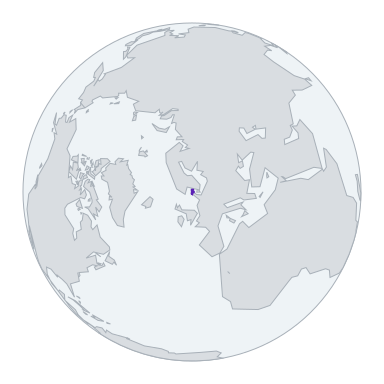 Nordjylland highlighted on a globe, orthographic projection, rotated 304°
{"feature_id": "DNK-3418", "entity_name": "Nordjylland", "entity_type": "Region", "adm_level": 1, "iso_a3": "DNK", "parent_name": "Denmark", "parent_adm1": "", "projection": "orthographic", "projection_center": [9.42, 57.153], "detail": "fine", "context": "on_globe", "style": "filled", "palette": "violet", "viewbox_px": 384, "rotation_deg": 304, "n_neighbors": 0, "source": "natural_earth", "source_scale": "10m", "svg_char_len": 11884}
<svg xmlns="http://www.w3.org/2000/svg" viewBox="0 0 384 384"><g transform="rotate(304 192 192)"><circle cx="192" cy="192" r="169" fill="#eef3f6" stroke="#a8b0b8"/><path d="M23.0,193.1L23.7,194.4L25.0,184.6L25.1,180.3L24.4,179.7L26.2,163.8L28.8,154.3L44.2,110.7L48.0,104.5L51.3,100.3L73.2,75.9L56.0,93.0L61.3,86.1L68.7,78.2L68.4,79.2L78.5,70.9L85.5,64.8L99.0,57.8L111.1,57.8L106.5,60.2L110.0,60.2L115.9,57.4L119.0,55.5L138.9,53.9L159.3,48.6L164.0,44.5L164.3,47.5L172.1,38.4L182.1,35.3L171.8,40.4L171.6,42.3L178.8,40.7L180.1,42.3L184.4,42.6L185.3,44.8L179.3,48.0L179.7,49.5L184.9,48.4L189.0,50.1L181.4,51.4L187.9,54.6L178.9,61.1L157.9,64.2L153.9,70.6L134.8,81.5L137.5,82.7L132.0,88.0L133.0,91.5L129.2,92.8L133.3,94.4L136.7,92.6L139.6,92.8L140.5,94.7L135.8,96.7L134.6,96.0L133.7,97.6L130.9,97.7L132.8,98.7L127.0,101.0L134.1,101.7L130.5,106.1L126.3,106.8L125.1,102.8L112.2,95.6L107.5,95.6L102.1,99.4L95.5,114.4L91.0,116.3L86.2,121.6L89.4,122.2L94.3,118.3L99.1,121.1L104.5,116.3L107.3,116.8L113.6,113.7L114.4,118.5L111.7,124.9L106.6,127.8L105.3,130.8L111.6,131.7L103.3,141.1L100.3,154.2L98.0,156.3L90.8,153.4L87.2,143.8L78.0,141.2L85.7,147.4L79.7,153.1L79.5,156.0L80.8,158.5L83.8,158.2L82.1,161.2L73.8,155.9L75.2,153.0L77.8,154.7L76.1,150.3L70.5,147.3L67.9,150.7L62.1,143.4L60.2,145.8L57.9,145.7L61.3,142.3L55.0,148.5L47.9,142.6L39.1,153.4L45.8,139.6L47.0,133.2L47.7,126.7L46.2,128.3L49.2,118.3L48.4,113.4L42.9,118.0L37.8,126.9L35.0,137.1L36.5,136.8L35.8,143.5L31.2,147.1L29.2,161.1L26.5,166.5L25.2,173.7L25.4,179.2L25.3,187.4L27.0,188.2L29.0,193.5L27.2,199.2L29.7,198.3L29.8,205.1L34.7,219.7L33.9,219.8L37.8,238.6L45.0,254.5L46.6,261.5L45.5,262.4L48.7,267.5L48.7,269.2L63.9,288.9L73.8,301.2L74.9,306.2L69.5,305.1L71.3,310.2L70.6,309.6L62.0,300.0L54.2,289.7L47.1,278.9L40.9,267.7L35.6,255.9L31.2,243.8L27.7,231.4L25.2,218.8L23.6,206.0L23.0,193.1ZM36.6,155.9L34.5,175.1L33.3,167.5L33.9,168.1L35.0,162.6L36.1,153.9L35.7,147.7L36.6,155.9ZM41.1,157.1L41.2,154.2L41.4,156.7L41.1,157.1ZM120.2,54.5L115.9,57.2L110.0,59.3L113.4,56.9L120.2,54.5ZM131.5,51.4L129.9,52.9L126.2,52.3L128.3,51.7L131.5,51.4ZM167.1,41.3L163.4,42.5L166.5,40.8L167.1,41.3ZM184.8,42.3L185.5,41.5L187.4,42.1L184.8,42.3ZM112.7,111.3L113.1,112.5L111.7,112.4L112.7,111.3ZM115.1,109.0L113.2,108.1L114.0,106.8L115.2,107.4L115.1,109.0ZM190.6,45.9L193.5,47.1L189.5,46.4L190.6,45.9ZM117.2,110.3L115.7,104.8L117.2,102.6L122.9,103.1L117.2,110.3ZM194.5,48.2L201.6,51.3L203.7,49.7L201.9,56.2L196.4,51.2L191.2,50.5L194.4,49.7L194.5,48.2ZM137.3,91.2L133.8,93.2L135.9,89.8L137.3,91.2ZM137.9,89.0L140.0,78.6L145.6,76.8L143.8,80.5L150.4,76.9L152.1,81.1L148.8,84.0L144.9,84.3L148.6,85.7L137.9,89.0ZM199.8,59.4L200.6,60.7L198.6,60.0L199.8,59.4ZM140.9,92.6L140.9,90.6L145.7,88.8L146.8,92.5L144.9,91.9L140.9,92.6ZM151.2,74.0L155.0,73.5L157.5,76.7L159.3,76.9L152.6,81.0L151.2,74.0ZM144.2,93.3L147.2,94.5L145.7,97.2L141.3,94.5L144.2,93.3ZM146.5,86.8L148.9,86.2L147.9,87.7L146.5,86.8ZM142.3,107.6L142.1,105.0L144.6,103.9L142.3,107.6ZM148.4,94.8L148.8,93.9L149.8,93.2L151.4,94.5L148.4,94.8ZM154.8,83.1L155.0,84.6L157.6,81.5L159.6,83.9L154.8,86.3L157.6,86.3L158.2,87.1L153.6,88.2L154.8,83.1ZM155.9,93.9L150.5,98.0L150.3,102.9L148.1,104.0L148.7,95.9L155.9,93.9ZM155.0,90.4L155.1,92.8L152.2,92.9L150.4,91.3L155.0,90.4ZM162.6,84.8L160.9,80.5L162.0,80.1L162.6,84.8ZM156.4,95.2L157.7,94.2L156.8,95.6L156.4,95.2ZM161.3,87.9L160.6,86.4L161.9,86.0L161.3,87.9ZM161.0,93.6L159.2,94.9L157.9,93.8L161.0,93.6ZM161.6,91.0L163.6,90.9L158.6,92.7L161.1,90.3L161.6,91.0ZM162.7,87.8L163.2,87.1L162.8,88.5L162.7,87.8ZM166.9,97.0L160.9,99.5L158.0,97.1L164.3,95.0L166.9,97.0ZM360.6,180.6L360.7,182.7L359.9,180.0L359.4,182.2L357.6,175.4L353.5,170.7L353.7,179.1L351.9,175.3L346.3,174.8L345.5,186.9L345.6,211.6L348.6,222.3L347.3,231.7L338.1,226.3L332.5,218.2L330.1,223.5L319.9,222.6L305.1,237.8L302.1,236.2L299.5,240.5L292.1,242.3L287.3,239.0L283.2,242.4L296.0,250.5L300.3,246.8L302.6,238.1L305.4,241.9L312.4,240.9L307.8,259.3L284.3,286.7L280.6,279.2L255.5,262.2L255.5,258.7L255.3,258.4L254.9,257.8L254.1,263.9L249.3,259.7L264.2,274.5L267.3,281.5L284.0,287.4L282.8,289.5L287.8,289.5L301.9,276.6L302.3,279.4L296.5,296.3L275.6,322.3L277.6,328.6L274.8,334.7L260.1,343.7L259.7,345.9L251.9,349.4L250.2,350.5L243.0,353.1L228.6,357.0L213.9,359.5L214.0,359.5L207.2,359.5L198.3,354.2L204.1,349.6L203.1,345.7L190.2,335.7L193.1,328.8L189.3,325.8L181.6,326.5L177.1,322.5L172.3,322.1L141.6,320.1L131.5,312.5L117.7,291.0L122.7,285.2L122.3,275.8L155.7,249.5L164.3,252.9L192.2,249.2L196.0,250.4L194.3,259.0L216.5,266.7L221.8,258.9L240.4,259.8L251.7,255.7L253.0,239.0L234.4,245.4L229.6,238.7L243.2,226.9L259.3,221.2L257.9,218.4L246.5,215.8L248.8,208.4L242.4,214.3L246.0,216.4L242.0,220.3L238.5,218.7L239.4,216.0L234.2,216.3L231.0,229.3L234.3,232.8L221.5,238.2L225.8,244.8L222.7,248.9L214.4,239.5L214.2,235.3L199.7,225.2L198.7,230.0L212.3,240.0L208.7,239.7L207.5,246.7L205.5,241.1L190.9,229.4L178.4,232.5L164.8,248.8L157.1,249.3L149.5,244.8L152.2,227.7L169.2,228.6L170.4,223.0L165.0,214.1L170.6,215.3L170.5,211.9L176.8,211.8L183.7,203.7L189.7,202.7L190.6,192.1L193.8,190.3L192.4,197.0L194.6,201.2L209.5,198.7L211.8,196.1L211.2,189.5L215.3,189.8L212.8,183.9L220.5,179.4L209.0,180.0L208.0,172.8L211.6,166.3L209.2,164.2L203.3,174.8L202.9,179.0L205.7,182.4L202.6,194.6L197.9,197.1L193.4,185.2L186.2,187.6L185.9,177.6L201.9,154.2L209.5,148.6L226.0,153.7L225.3,158.8L219.0,159.4L226.5,165.2L225.1,161.6L228.5,162.1L228.4,155.7L230.8,155.7L226.5,149.7L229.5,149.0L232.2,152.8L234.6,143.2L240.3,140.3L239.6,138.1L237.3,136.7L246.1,134.2L245.2,132.7L242.0,132.9L238.2,130.3L234.9,124.7L238.1,124.2L239.7,126.1L248.0,129.5L251.8,135.0L252.8,134.2L250.3,129.3L240.2,125.1L237.3,122.0L242.2,123.2L240.2,122.5L239.8,120.8L242.3,118.6L237.0,117.0L227.9,99.9L232.0,94.3L237.4,97.1L234.4,85.5L239.2,80.8L236.3,80.9L232.8,75.9L231.3,77.2L229.6,76.9L220.0,65.3L220.3,62.4L212.8,58.1L211.3,58.3L210.7,60.1L201.9,56.2L203.7,49.7L207.1,49.7L205.9,45.9L213.8,46.5L219.7,45.4L229.0,48.6L232.9,47.8L232.0,46.4L236.6,44.5L249.3,45.6L243.1,50.5L224.8,51.3L232.7,51.3L232.1,53.2L235.6,54.4L241.1,54.4L240.9,53.2L255.8,63.8L271.2,69.3L267.2,63.8L268.9,61.4L283.0,64.3L306.6,82.0L309.1,80.2L312.1,81.8L316.2,86.9L311.9,84.7L312.2,87.7L309.2,85.8L314.2,93.7L310.1,91.4L316.1,98.9L318.5,98.7L315.5,92.4L322.4,100.3L324.8,97.7L329.8,101.3L341.4,119.4L346.2,132.5L347.5,134.7L347.0,137.2L350.0,146.0L353.9,146.9L355.1,149.9L358.2,164.3L357.6,162.4L356.3,169.1L358.8,177.8L359.9,174.5L360.3,176.7L360.6,180.6ZM146.0,266.0L145.5,269.0L146.0,266.0ZM277.7,222.6L286.3,217.2L279.9,209.9L282.7,207.3L279.5,205.9L279.4,209.4L271.2,204.8L274.0,199.2L271.7,195.4L268.7,197.1L264.8,208.1L276.5,214.6L275.6,220.0L277.7,222.6ZM35.0,220.1L35.3,222.9L34.4,220.6L35.0,220.1ZM31.9,168.5L32.0,171.7L31.7,174.2L31.3,172.1L31.9,168.5ZM36.2,194.3L37.0,198.2L35.6,195.0L36.2,194.3ZM34.5,177.9L35.5,191.3L33.0,185.9L32.5,177.5L33.6,182.0L34.5,177.9ZM38.5,158.8L38.3,161.1L37.5,161.5L38.5,158.8ZM41.2,158.9L41.1,158.2L41.7,156.5L41.2,158.9ZM80.2,153.3L80.8,153.9L81.6,156.7L80.1,156.1L80.2,153.3ZM92.1,165.7L89.1,170.4L90.2,166.5L87.5,166.4L86.4,158.4L96.7,157.0L92.2,158.9L92.1,165.7ZM87.7,147.6L87.3,152.6L87.4,147.2L87.7,147.6ZM163.8,194.4L166.5,196.8L165.0,200.7L157.3,202.7L159.4,197.0L163.8,194.4ZM170.7,199.4L168.4,187.4L173.1,185.9L170.8,188.7L174.2,188.9L171.5,193.6L178.2,204.2L177.3,208.4L163.6,209.4L168.6,206.6L165.6,204.3L170.7,199.4ZM154.2,161.8L153.2,157.3L164.6,159.8L164.2,163.8L156.5,165.9L152.5,162.4L154.2,161.8ZM127.5,112.5L126.4,111.0L127.7,110.4L129.7,111.1L127.5,112.5ZM142.0,106.5L133.6,118.2L132.0,117.1L129.1,125.6L123.6,126.1L125.6,120.5L119.2,127.5L118.8,122.6L115.0,127.8L120.1,115.2L119.5,111.4L122.3,115.4L127.4,115.0L129.4,113.7L134.7,107.2L135.9,99.0L141.2,97.5L144.6,98.6L145.1,100.4L141.5,100.7L144.7,102.8L140.0,104.7L142.0,106.5ZM181.2,116.6L176.9,115.7L182.6,121.4L177.8,122.8L178.8,123.4L176.0,126.3L174.2,131.0L171.8,131.0L172.2,132.8L170.3,134.9L170.0,137.4L165.6,138.4L164.8,141.7L163.2,140.3L163.0,145.7L161.2,142.2L158.6,144.7L161.8,146.8L138.8,147.1L130.7,150.5L124.9,155.3L122.5,148.9L126.3,140.4L133.4,132.2L141.6,130.1L139.0,127.7L142.2,126.0L142.9,128.6L143.7,123.7L146.5,123.1L152.8,116.6L152.2,110.2L154.5,107.8L156.1,110.0L157.3,106.1L161.9,108.6L163.7,107.0L170.0,108.1L172.2,113.4L174.0,111.3L178.9,112.1L181.2,116.6ZM168.6,97.5L172.3,103.3L171.5,107.0L160.8,103.6L158.5,104.7L151.6,103.0L153.0,97.8L154.8,98.7L156.9,98.4L155.6,100.2L158.2,98.6L160.9,99.9L163.6,99.0L164.0,101.1L168.6,97.5ZM199.3,246.9L202.0,247.0L206.1,246.2L205.4,250.7L199.3,246.9ZM189.2,239.1L191.5,238.4L192.6,244.1L189.7,244.1L189.2,239.1ZM191.9,233.3L191.6,237.9L190.1,235.4L191.9,233.3ZM194.5,196.0L196.8,195.0L197.4,196.4L196.5,198.8L194.5,196.0ZM197.2,134.9L194.8,133.5L195.3,132.5L192.5,127.3L195.8,126.0L198.8,128.6L197.2,134.9ZM250.3,242.9L247.6,247.1L245.6,246.3L247.0,245.0L250.3,242.9ZM225.8,250.2L231.9,250.8L225.6,251.5L225.8,250.2ZM200.3,132.6L198.8,130.6L201.4,131.2L200.3,132.6ZM198.1,124.9L201.0,125.0L195.9,125.3L198.1,124.9ZM299.1,319.3L285.6,332.5L279.0,336.6L279.2,335.7L285.1,329.2L293.3,322.9L297.7,317.8L299.1,319.3ZM361.0,192.2L359.8,193.4L360.2,188.4L360.7,183.1L361.0,192.2ZM349.2,222.5L351.9,224.7L350.8,228.6L349.2,222.5ZM345.5,121.3L344.7,119.6L345.5,121.3ZM349.2,137.2L350.1,141.3L349.3,140.2L347.6,134.3L349.2,137.2ZM333.6,104.6L336.7,108.0L338.0,109.8L336.9,109.4L333.6,104.6ZM226.4,120.5L226.5,128.9L228.8,134.5L233.5,136.8L226.9,137.4L223.4,128.7L226.4,120.5ZM227.4,102.4L223.2,100.7L224.9,99.2L226.1,99.4L227.4,102.4ZM224.9,102.9L220.1,105.1L217.7,102.7L222.0,101.5L224.9,102.9ZM210.3,118.6L210.1,121.1L208.0,120.5L210.3,118.6ZM344.3,118.9L344.9,120.2L341.3,114.0L339.7,110.7L343.1,116.6L342.8,115.7L344.3,118.9ZM310.4,76.4L308.7,75.8L306.2,72.8L308.1,74.1L310.4,76.4ZM296.5,63.4L305.0,71.8L311.5,79.2L311.2,77.9L315.8,81.6L314.3,82.4L307.2,75.5L302.9,70.4L298.9,68.0L293.7,63.6L289.7,62.4L286.3,60.2L288.6,59.8L296.5,63.4ZM288.1,62.2L279.2,59.4L276.0,55.0L277.3,54.7L282.7,57.7L284.0,59.8L288.1,62.2ZM276.1,57.5L277.3,59.6L266.7,61.5L263.7,60.9L270.1,56.7L271.6,58.5L274.7,58.9L276.1,57.5ZM202.2,60.1L200.8,60.7L201.1,59.5L202.2,60.1ZM228.8,77.8L226.6,77.2L227.0,75.7L228.8,77.8ZM220.6,74.8L221.7,77.0L219.2,74.9L220.6,74.8ZM224.3,81.8L221.4,77.9L226.1,81.4L224.3,81.8Z" fill="#d9dde1" stroke="#a8b0b8" stroke-width="1"/><path d="M191.8,193.4L191.7,193.4L191.7,193.2L191.7,192.9L191.6,192.7L191.8,192.5L192.0,192.4L192.3,192.5L192.2,192.5L192.3,192.5L192.4,192.4L192.5,192.3L192.8,192.3L192.7,192.2L192.5,192.3L192.4,192.2L192.3,192.3L192.1,192.3L191.8,192.4L191.7,192.4L191.4,192.4L191.2,192.4L191.2,192.5L191.2,192.4L191.1,192.5L190.9,192.6L190.7,192.7L190.7,192.8L190.6,193.0L190.5,193.3L190.4,193.3L190.5,193.4L190.6,193.5L190.4,193.4L190.2,193.3L190.2,193.2L190.1,193.3L190.1,193.2L190.1,192.9L190.4,192.4L190.5,192.3L190.7,192.1L190.8,192.1L191.0,192.1L191.3,192.0L191.7,192.0L191.8,192.0L192.0,192.0L192.1,191.9L192.2,191.7L192.6,191.1L192.8,190.9L192.9,190.7L193.1,190.7L193.4,190.6L193.5,190.5L193.7,190.3L193.8,190.2L193.9,190.3L193.6,190.6L193.6,190.8L193.7,191.0L193.8,191.2L193.7,191.3L193.8,191.7L193.8,191.8L193.7,191.8L193.6,192.0L193.5,192.4L193.4,192.4L193.3,192.5L193.2,192.4L193.0,192.2L192.9,192.2L192.8,192.3L192.9,192.2L193.0,192.2L193.1,192.4L193.2,192.5L193.3,192.5L193.4,192.8L193.4,193.0L193.5,193.2L193.5,193.3L193.4,193.3L193.2,193.3L192.9,193.4L192.9,193.5L192.6,193.5L192.9,193.4L193.0,193.4L193.3,193.3L193.2,193.4L193.1,193.5L192.9,193.6L192.7,193.8L192.6,193.7L192.5,193.8L192.4,193.7L192.2,193.5L192.1,193.4L192.1,193.5L191.8,193.4ZM191.0,193.2L190.9,193.3L190.7,193.4L190.7,193.2L190.8,193.0L190.7,193.0L190.7,192.9L190.8,192.9L190.8,192.7L191.0,192.7L191.2,192.8L191.1,193.0L191.0,193.2ZM194.7,191.4L194.8,191.4L194.8,191.5L194.7,191.5L194.6,191.8L194.4,191.7L194.5,191.5L194.7,191.4Z" fill="#8b5cf6" stroke="#5b21b6" stroke-width="1.5"/></g></svg>